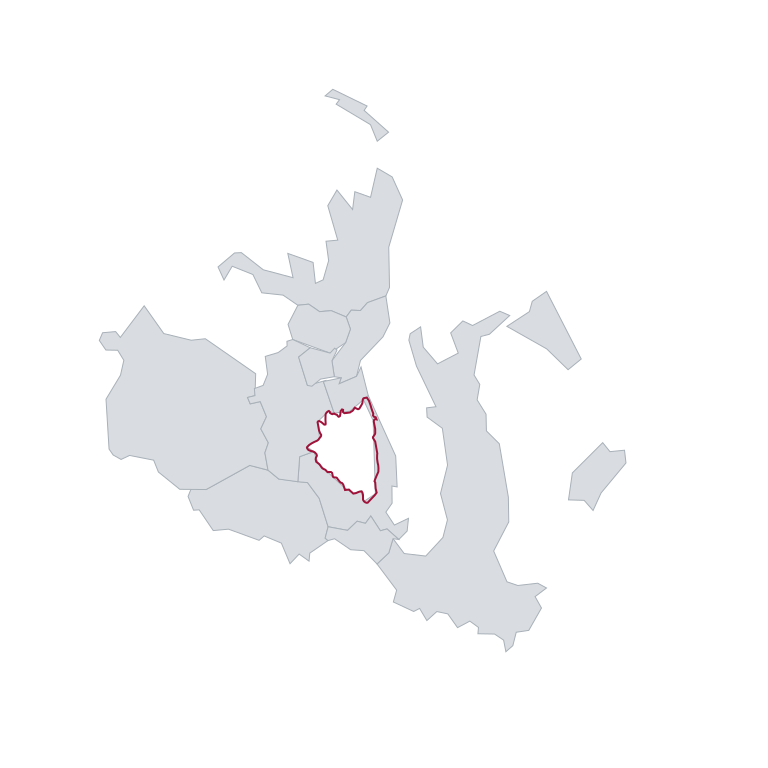 map of Bosnia and Herzegovina with Hungary, Romania, Greece and 8 others greyed out, rotated 215°
{"feature_id": "BIH", "entity_name": "Bosnia and Herzegovina", "entity_type": "country or territory", "adm_level": 0, "iso_a3": "BIH", "parent_name": "Europe", "parent_adm1": "", "projection": "orthographic", "projection_center": [18.137, 43.918], "detail": "fine", "context": "with_neighbors", "style": "outline", "palette": "rose", "viewbox_px": 768, "rotation_deg": 215, "n_neighbors": 11, "source": "natural_earth", "source_scale": "50m", "svg_char_len": 6299}
<svg xmlns="http://www.w3.org/2000/svg" viewBox="0 0 768 768"><g transform="rotate(215 384 384)"><path d="M467.6,171.4L480.0,179.5L482.0,188.1L469.2,195.5L447.3,240.3L429.6,246.9L415.6,245.8L390.1,259.4L371.5,253.2L347.9,235.0L343.8,224.0L340.1,223.6L347.8,202.9L343.8,195.9L356.0,196.0L357.9,182.9L376.8,194.8L395.0,190.8L396.7,184.3L428.1,175.9L439.8,166.0L463.2,174.9L467.6,171.4Z" fill="#d9dde1" stroke="#a8b0b8" stroke-width="1"/><path d="M610.7,254.2L621.5,258.9L631.3,252.3L642.2,256.4L643.9,264.6L633.9,273.0L626.7,270.9L625.3,310.5L593.3,299.0L567.0,309.3L556.3,318.6L495.0,318.8L483.0,300.5L488.1,294.7L482.2,291.0L475.3,298.6L461.5,289.8L459.2,276.6L445.0,269.5L442.1,259.3L429.6,246.9L447.3,240.3L469.2,195.5L490.9,180.6L518.3,182.5L529.0,189.5L551.5,179.5L556.1,171.4L565.1,170.5L571.9,173.0L603.0,212.1L604.9,240.1L610.7,254.2Z" fill="#d9dde1" stroke="#a8b0b8" stroke-width="1"/><path d="M597.5,586.2L595.0,596.0L557.3,602.0L557.2,596.7L524.7,592.9L528.8,579.0L543.8,588.7L583.7,585.8L583.5,591.4L597.5,586.2ZM499.7,399.1L517.7,398.9L536.4,388.6L554.2,398.5L575.9,393.4L574.7,377.4L587.1,384.7L581.6,405.6L576.2,409.8L548.4,408.3L519.5,418.9L537.7,435.8L511.8,442.9L497.9,427.1L493.6,434.4L500.1,453.3L513.4,467.7L504.4,475.3L532.3,497.8L533.8,515.9L509.8,508.9L518.2,524.8L502.1,529.2L513.3,556.9L496.1,558.3L474.3,545.4L458.6,498.8L434.9,466.3L433.0,457.2L444.2,441.2L445.4,430.7L453.2,425.7L453.4,417.2L469.3,413.8L478.3,406.3L491.5,406.2L499.7,399.1Z" fill="#d9dde1" stroke="#a8b0b8" stroke-width="1"/><path d="M453.4,417.2L453.2,425.7L445.4,430.7L444.2,441.2L433.0,457.2L414.2,437.4L411.9,422.0L416.8,389.8L410.9,374.5L420.9,358.4L422.6,364.5L428.9,361.5L440.0,373.2L439.2,395.9L443.0,409.7L453.4,417.2Z" fill="#d9dde1" stroke="#a8b0b8" stroke-width="1"/><path d="M347.9,235.0L371.5,253.2L390.1,259.4L398.5,254.5L411.4,276.1L402.8,288.4L392.4,281.3L357.0,276.3L346.3,276.8L341.3,283.4L333.3,275.8L328.1,289.1L371.9,347.8L392.9,360.0L390.3,365.5L333.1,331.7L314.2,307.2L319.0,305.0L309.0,291.0L309.0,280.1L294.6,274.4L286.9,288.0L280.7,276.8L282.7,265.1L298.4,267.0L302.8,261.7L319.1,268.3L319.3,259.2L327.3,256.2L329.9,243.2L347.9,235.0Z" fill="#d9dde1" stroke="#a8b0b8" stroke-width="1"/><path d="M213.2,214.8L226.1,220.6L229.2,214.7L251.3,210.8L255.4,222.4L286.5,232.6L283.2,248.4L287.9,262.5L270.2,256.7L251.1,267.0L247.7,292.1L254.1,309.1L274.9,326.7L285.4,354.0L310.8,381.2L329.7,381.6L335.4,388.9L328.4,395.2L367.7,417.3L388.8,434.2L391.4,440.2L386.8,451.8L373.0,436.7L351.7,431.2L340.9,451.9L358.7,464.1L355.6,480.9L345.0,482.7L330.9,510.0L320.3,512.2L326.2,485.2L331.9,478.5L315.4,443.0L305.3,438.6L298.6,424.4L283.1,417.8L273.2,404.3L255.3,401.2L217.2,362.6L202.7,342.6L198.4,310.1L169.8,292.5L158.8,295.7L143.8,309.0L133.9,310.1L138.3,296.5L126.5,290.8L124.1,265.2L133.3,256.5L128.4,243.6L130.6,234.6L139.1,242.8L150.0,242.6L163.8,233.3L167.0,238.8L177.7,239.0L184.0,226.6L199.9,232.3L210.2,227.9L213.2,214.8ZM270.9,506.1L316.4,501.7L306.4,526.7L310.0,536.8L304.0,553.1L236.8,517.6L241.4,501.3L270.9,506.1ZM153.3,403.5L166.4,394.9L178.7,419.2L171.2,461.4L160.1,458.2L149.0,467.7L140.5,458.1L143.7,419.3L140.2,400.3L153.3,403.5Z" fill="#d9dde1" stroke="#a8b0b8" stroke-width="1"/><path d="M286.5,232.6L304.8,236.0L316.3,229.1L335.7,228.9L340.1,223.6L343.8,224.0L347.9,235.0L329.9,243.2L327.3,256.2L319.3,259.2L319.1,268.3L302.8,261.7L298.4,267.0L282.7,265.1L287.9,262.5L283.2,248.4L286.5,232.6Z" fill="#d9dde1" stroke="#a8b0b8" stroke-width="1"/><path d="M484.3,368.1L496.8,377.8L499.7,399.1L491.5,406.2L478.3,406.3L469.3,413.8L453.4,417.2L443.0,409.7L439.2,395.9L445.9,378.4L484.3,368.1Z" fill="#d9dde1" stroke="#a8b0b8" stroke-width="1"/><path d="M398.5,254.5L415.6,245.8L429.6,246.9L442.1,259.3L445.0,269.5L459.2,276.6L461.5,289.8L475.3,298.6L482.2,291.0L488.1,294.7L483.0,300.5L487.6,305.9L482.2,313.5L484.9,325.2L497.1,338.5L488.7,349.1L485.2,359.6L488.0,363.3L484.3,368.1L465.2,371.4L469.4,357.1L445.9,338.9L433.2,354.1L435.1,351.3L408.2,331.6L413.7,330.1L416.9,314.8L405.5,302.5L411.1,288.2L402.8,288.4L411.4,276.1L398.5,254.5Z" fill="#d9dde1" stroke="#a8b0b8" stroke-width="1"/><path d="M435.1,351.3L422.6,364.5L420.9,358.4L410.9,374.5L412.6,384.8L390.3,365.5L396.3,342.2L408.2,331.6L435.1,351.3Z" fill="#d9dde1" stroke="#a8b0b8" stroke-width="1"/><path d="M442.0,384.9L440.0,373.2L428.9,361.5L438.8,351.6L441.8,340.8L445.9,338.9L469.4,357.1L465.2,371.4L445.9,378.4L445.0,385.0L442.0,384.9Z" fill="#d9dde1" stroke="#a8b0b8" stroke-width="1"/><path d="M410.6,287.6L410.8,288.4L410.4,290.9L409.4,293.6L407.9,296.5L406.3,299.1L405.8,300.6L405.8,302.8L405.6,304.6L405.8,305.5L406.4,306.4L408.2,307.1L410.7,308.8L412.9,311.1L415.6,313.7L416.5,314.6L416.5,315.7L415.8,316.5L413.4,316.8L411.0,316.6L410.1,316.4L409.2,316.7L408.7,317.3L409.0,318.0L411.5,321.2L414.5,325.7L414.7,327.6L414.3,329.2L413.7,330.3L412.5,330.1L411.5,329.3L410.1,329.4L409.1,329.6L407.7,331.3L407.0,331.2L405.8,331.5L405.0,331.8L403.8,331.4L402.5,331.1L402.0,331.6L401.7,332.5L402.5,334.3L404.0,337.0L403.8,339.1L402.7,339.4L401.6,337.6L400.7,337.4L399.7,337.4L397.3,339.5L395.5,341.2L395.1,342.4L394.5,343.7L394.3,344.6L394.4,347.8L391.2,348.3L390.5,348.8L390.1,349.7L390.4,353.7L390.7,355.9L392.5,359.2L392.6,360.3L392.3,361.0L391.0,362.3L390.4,362.8L390.0,362.9L387.9,362.1L386.8,361.7L382.6,358.7L380.7,357.1L377.7,354.9L375.9,353.7L374.9,351.9L373.5,351.4L371.7,352.0L369.8,350.7L371.2,350.0L371.5,349.3L371.4,348.5L370.8,347.3L365.5,342.2L363.0,338.7L362.6,337.5L362.6,334.2L362.0,333.4L358.2,331.8L353.9,327.5L349.6,323.2L349.0,322.0L346.8,318.8L344.1,315.9L342.0,314.0L340.2,311.8L338.3,308.9L337.4,304.4L336.5,300.5L336.0,298.9L334.7,298.3L330.9,293.6L327.7,290.8L327.8,287.8L328.5,283.0L329.3,277.4L330.1,276.7L331.6,276.3L333.3,276.5L334.8,277.2L337.6,281.1L339.3,282.6L340.7,283.2L342.4,281.7L344.5,278.4L346.3,276.6L352.2,277.4L355.1,274.8L359.8,278.3L361.7,278.8L362.8,278.4L364.3,278.6L367.6,279.6L368.4,280.0L369.4,280.0L371.8,278.7L372.7,278.8L375.5,281.4L376.9,281.5L378.6,280.4L379.7,279.4L382.9,280.1L384.7,279.7L386.2,279.6L387.9,280.1L389.4,280.7L390.9,281.2L394.9,281.4L396.8,283.1L397.6,284.7L397.6,285.6L397.8,286.7L398.9,287.7L401.3,288.3L402.8,288.1L403.6,288.0L405.7,287.1L408.1,286.6L409.8,287.1L410.6,287.6Z" fill="none" stroke="#9f1239" stroke-width="2"/></g></svg>